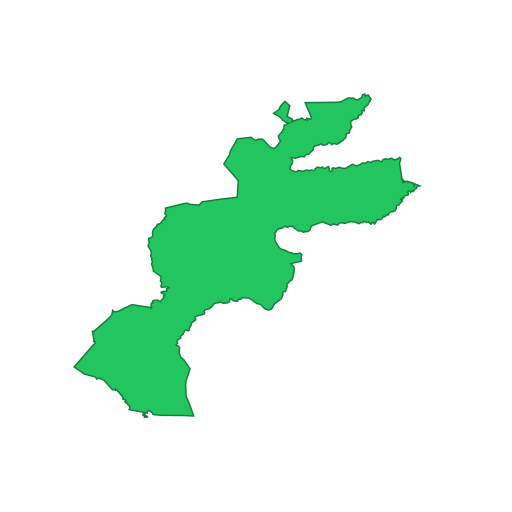 outline of Pilcaya, Guerrero, Mexico, rotated 114°
{"feature_id": "50627088B59284126208067", "entity_name": "Pilcaya", "entity_type": "district", "adm_level": 2, "iso_a3": "MEX", "parent_name": "Mexico", "parent_adm1": "Guerrero", "projection": "robinson", "projection_center": [-99.629, 18.716], "detail": "fine", "context": "isolated", "style": "filled", "palette": "green", "viewbox_px": 512, "rotation_deg": 114, "n_neighbors": 0, "source": "geoboundaries", "source_scale": "gbopen_adm2", "svg_char_len": 6138}
<svg xmlns="http://www.w3.org/2000/svg" viewBox="0 0 512 512"><g transform="rotate(114 256 256)"><path d="M107.5,165.0L108.6,165.2L110.8,167.2L112.0,169.0L111.5,172.0L114.0,174.6L114.5,177.4L116.1,179.0L118.7,179.5L119.1,183.7L122.2,188.2L123.9,189.1L124.3,192.1L126.5,193.7L128.0,196.9L130.9,198.5L132.9,201.5L133.0,205.3L139.6,209.8L140.8,213.1L141.0,216.0L143.6,218.8L144.2,221.7L145.2,222.1L147.7,221.0L148.1,221.4L148.5,222.9L148.2,223.8L146.2,224.7L144.7,226.1L148.1,228.9L148.4,229.9L147.7,231.6L149.1,232.5L149.8,236.0L150.5,236.6L154.7,237.9L155.0,240.6L156.5,242.0L156.4,243.4L157.6,245.8L159.6,247.6L160.7,252.3L162.9,253.4L163.3,257.5L162.9,259.9L162.0,260.5L160.1,261.2L156.7,260.5L155.3,260.8L153.2,262.0L152.2,263.7L151.6,263.6L150.7,259.9L146.6,255.1L145.9,252.2L143.3,251.8L141.0,248.8L139.7,248.7L135.5,246.8L134.3,247.9L133.4,247.9L131.3,246.6L128.8,243.4L127.3,242.6L127.0,241.1L127.7,240.1L126.6,238.2L125.1,236.5L122.7,235.6L122.6,233.7L123.5,232.0L121.5,230.7L121.1,227.9L120.5,227.0L114.1,223.1L113.3,223.2L111.4,222.2L107.3,222.9L105.4,220.6L103.1,221.7L99.4,220.9L96.4,223.5L94.1,224.0L91.2,222.1L90.6,220.8L88.6,219.1L87.4,218.9L86.1,219.7L84.3,217.6L82.0,217.1L80.7,218.4L80.1,218.3L79.4,216.2L78.2,216.5L77.6,217.7L71.7,215.2L69.7,215.3L68.2,214.7L67.1,215.3L65.9,214.7L63.3,219.0L64.6,220.8L65.6,220.7L65.2,221.7L63.8,222.6L65.4,224.2L68.2,223.8L72.6,227.2L72.2,231.2L74.2,236.2L80.6,241.2L82.9,245.1L95.9,273.5L106.9,261.7L108.0,261.3L109.0,262.3L109.4,265.5L111.0,264.5L110.7,265.4L111.9,266.7L111.4,270.6L113.9,272.2L114.2,273.6L116.5,275.5L116.9,276.6L118.6,277.3L118.0,278.2L116.2,278.5L115.8,284.4L105.0,286.2L102.9,292.5L109.3,294.7L112.9,294.5L118.5,298.0L118.9,295.9L118.8,292.7L119.9,288.6L121.0,287.0L121.4,283.9L121.8,283.2L121.8,281.7L121.0,279.7L124.5,282.4L124.9,283.4L128.8,282.5L132.4,283.0L137.3,284.4L139.3,282.8L141.0,280.3L147.8,281.8L150.3,283.1L151.0,286.7L146.6,297.6L147.8,300.6L150.5,303.4L150.2,306.5L149.5,308.7L156.6,320.7L170.8,322.1L174.0,321.4L185.0,322.8L194.4,302.8L210.0,297.1L218.7,311.8L228.4,327.2L232.6,328.6L235.7,337.3L235.6,339.9L236.7,342.2L249.0,358.1L252.5,356.7L253.7,356.8L254.3,356.4L254.8,354.7L255.8,354.1L258.6,355.4L259.3,354.3L261.2,355.7L265.3,356.6L267.1,358.9L269.9,359.1L271.9,360.1L274.6,360.5L276.5,360.2L279.2,358.6L280.6,358.7L282.2,359.4L283.5,361.3L285.3,360.5L287.4,358.8L289.8,358.9L291.0,358.4L294.1,353.9L295.8,352.9L298.8,352.2L300.2,350.3L302.0,349.9L302.6,348.9L303.9,348.2L305.9,348.1L309.9,344.4L311.4,343.9L313.5,334.2L317.5,333.3L319.0,331.0L322.3,330.6L323.1,329.5L320.6,325.4L320.1,323.4L320.4,322.6L322.5,324.4L324.1,323.3L325.1,323.6L325.4,325.4L327.6,328.0L328.4,327.4L328.0,324.2L328.7,323.4L329.9,324.3L331.2,323.3L336.8,325.0L336.3,328.0L337.7,330.7L338.8,331.9L339.5,332.0L340.9,331.0L341.5,332.3L342.5,332.2L344.4,331.6L345.3,330.2L346.5,330.6L346.1,331.9L350.9,349.6L362.7,359.5L364.7,362.7L364.0,364.8L368.3,363.8L371.2,364.5L390.5,373.3L391.3,374.8L399.3,369.5L400.1,369.5L399.8,368.0L401.0,367.7L431.3,377.0L433.7,364.6L431.8,353.5L433.3,351.4L430.9,349.3L431.5,348.5L431.2,344.6L436.7,332.6L434.8,330.6L435.6,330.6L436.0,330.1L435.9,329.5L434.9,328.5L436.1,326.9L436.0,325.7L436.9,324.8L439.1,320.0L440.5,319.8L440.9,319.2L440.6,316.8L441.7,315.9L442.5,316.5L443.2,314.8L442.9,313.9L443.9,312.7L444.5,310.5L447.1,309.3L447.9,309.5L444.6,295.6L445.5,294.9L447.5,294.6L447.6,293.6L447.0,292.6L447.3,292.1L448.7,292.3L448.7,291.9L447.1,289.6L446.8,289.8L446.8,291.7L445.2,293.8L444.3,294.0L443.8,291.5L443.2,291.9L440.7,291.5L441.2,287.5L442.6,285.6L442.2,284.0L440.0,277.5L431.3,257.6L427.5,247.8L417.8,257.1L412.4,262.9L402.6,267.8L398.3,269.2L385.9,270.3L380.2,279.7L379.1,283.5L375.8,286.8L370.9,288.5L370.1,289.4L370.0,292.4L369.4,293.0L367.7,292.1L364.9,293.7L361.5,291.3L360.9,292.1L360.0,292.3L356.8,290.7L356.1,291.1L355.4,290.7L352.9,291.0L351.8,288.7L352.0,287.4L351.1,286.8L348.3,287.6L346.9,287.1L343.0,287.5L338.7,285.1L336.7,286.8L334.8,285.6L330.3,279.9L329.3,279.6L327.0,281.1L326.3,280.9L322.5,276.7L320.4,275.7L317.0,275.0L316.1,274.4L315.2,273.6L314.4,271.7L313.4,271.2L312.7,270.2L312.4,268.0L312.6,266.6L310.4,263.0L308.5,261.7L305.7,262.3L305.4,260.7L306.1,258.4L305.4,255.3L304.8,254.6L303.0,254.5L301.4,252.0L299.5,251.4L297.4,245.7L297.6,242.8L298.9,237.3L299.1,235.5L298.5,233.4L298.7,231.1L300.4,227.1L300.6,225.9L300.4,222.7L298.3,220.4L297.3,220.0L293.7,220.0L291.0,219.0L285.2,215.6L283.9,215.4L280.1,215.7L279.1,216.5L277.9,216.7L277.0,215.9L276.5,214.7L271.5,215.0L269.5,216.1L268.5,216.2L267.3,215.3L265.6,215.1L263.8,213.7L261.6,213.4L254.9,214.8L251.3,216.2L250.3,217.3L248.8,221.1L242.2,212.3L238.7,214.3L236.1,214.7L235.3,216.8L237.4,219.8L239.0,223.2L238.4,224.5L239.4,228.2L238.9,230.9L239.4,236.2L238.7,238.5L234.8,244.4L232.2,246.1L229.2,246.8L227.6,248.1L225.3,247.4L224.1,247.8L222.1,246.2L221.1,245.9L221.1,245.0L219.9,243.4L217.2,242.0L216.9,238.4L215.8,238.2L215.2,237.3L214.2,234.5L215.3,230.5L215.7,227.1L214.6,224.0L215.1,222.6L214.6,221.7L213.8,221.3L213.0,219.0L210.7,217.4L206.7,217.6L205.3,217.0L197.5,209.0L197.9,205.7L197.5,204.7L197.7,200.7L197.1,199.7L195.2,198.3L194.7,194.1L191.8,193.1L190.5,190.3L190.0,187.7L187.9,186.1L186.5,184.3L184.6,179.3L184.7,175.5L184.2,174.6L182.8,174.1L182.3,172.4L180.3,171.2L180.3,169.1L179.3,167.6L180.2,163.8L178.1,163.3L177.6,162.6L178.6,160.8L178.2,160.5L173.4,160.1L172.3,157.1L170.3,155.9L167.8,155.9L168.0,154.8L167.6,154.0L165.7,153.8L164.7,151.9L162.9,151.9L161.0,151.0L159.3,148.3L157.9,147.2L155.8,147.1L153.1,148.2L151.0,146.1L148.9,145.8L146.3,144.5L145.4,146.8L144.9,146.6L145.1,145.2L144.6,145.1L143.7,146.0L142.9,145.3L142.9,144.6L140.9,144.8L138.5,141.9L136.7,142.2L136.0,143.5L135.1,143.3L134.0,141.9L135.1,140.6L132.8,139.6L132.5,139.2L133.0,138.6L129.8,137.8L129.4,137.1L126.9,137.1L125.3,135.0L125.6,140.6L127.6,140.3L125.9,141.7L125.6,141.5L125.9,146.3L126.8,147.1L126.1,148.0L127.2,150.1L127.6,149.7L128.4,151.3L129.0,151.4L128.1,152.7L127.3,151.7L126.3,153.4L126.7,153.9L125.9,154.8L125.6,154.4L112.6,162.8L109.6,162.9L108.0,163.5L107.5,165.0Z" fill="#22c55e" stroke="#15803d" stroke-width="1.5"/></g></svg>